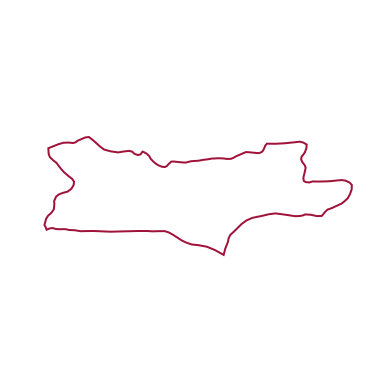 Douya-Onoyè, Ngounié, Gabon, rotated 109°
{"feature_id": "22940354B97081518304262", "entity_name": "Douya-Onoyè", "entity_type": "district", "adm_level": 2, "iso_a3": "GAB", "parent_name": "Gabon", "parent_adm1": "Ngounié", "projection": "natural_earth1", "projection_center": [11.048, -1.613], "detail": "fine", "context": "isolated", "style": "outline", "palette": "rose", "viewbox_px": 384, "rotation_deg": 109, "n_neighbors": 0, "source": "geoboundaries", "source_scale": "gbopen_adm2", "svg_char_len": 2176}
<svg xmlns="http://www.w3.org/2000/svg" viewBox="0 0 384 384"><g transform="rotate(109 192 192)"><path d="M241.2,141.6L235.1,142.1L227.4,141.8L224.0,142.3L220.1,141.8L214.9,139.0L210.6,136.9L205.9,134.6L201.1,131.2L196.9,126.6L194.2,122.2L192.2,118.7L187.9,111.9L185.1,106.2L183.7,99.5L182.5,93.2L181.4,87.1L179.8,82.6L178.2,79.8L176.3,77.5L174.9,72.6L174.1,65.9L172.4,61.6L170.5,60.7L167.5,59.7L164.6,58.2L162.0,54.9L158.1,50.8L154.3,46.8L151.1,44.8L147.2,42.7L142.6,41.9L137.5,41.9L133.3,43.2L131.7,46.2L131.3,50.7L132.0,54.4L133.9,58.7L136.3,63.8L138.4,68.9L141.3,76.8L142.7,81.3L144.8,84.2L145.6,87.8L145.1,89.9L142.5,91.3L137.4,91.8L132.1,92.4L130.0,94.1L127.7,97.6L125.5,99.5L122.7,99.9L120.9,99.1L117.8,98.2L113.3,98.1L109.8,99.0L109.0,102.8L109.4,106.6L111.4,110.8L116.0,120.8L119.5,129.5L121.9,136.9L124.5,137.9L127.8,138.0L130.0,138.4L131.8,139.3L133.6,141.7L134.6,145.7L135.8,150.9L136.7,154.0L138.9,156.5L141.7,159.5L143.8,161.9L146.3,164.0L148.0,166.1L149.3,169.5L150.1,173.4L151.4,177.8L152.8,181.2L154.0,184.3L156.0,187.8L157.9,191.8L160.3,196.0L163.1,202.7L166.4,207.9L168.0,214.1L169.1,219.1L170.0,221.5L173.1,223.2L175.6,224.2L177.2,225.7L177.9,228.6L177.7,232.5L177.0,235.4L175.8,238.5L174.0,242.0L171.9,244.2L170.6,247.1L170.0,250.0L169.9,251.9L173.1,252.9L174.7,255.1L174.6,258.9L173.3,261.7L173.7,265.1L175.9,269.7L178.6,274.7L180.0,281.9L180.5,289.0L178.7,294.3L176.3,299.9L174.6,304.3L173.6,307.5L175.2,310.7L180.8,316.9L182.9,318.2L184.4,320.4L185.5,325.0L187.3,329.6L190.5,334.1L197.4,342.1L202.7,339.9L205.4,337.6L207.2,333.6L208.6,329.5L210.7,326.6L213.0,323.0L214.8,319.8L217.0,314.4L218.6,309.6L220.6,306.9L224.0,306.2L228.2,307.1L232.1,309.7L235.1,314.1L237.8,317.2L240.6,319.0L245.5,319.4L248.6,318.1L253.3,317.0L257.3,318.1L261.2,320.3L264.6,321.2L271.2,320.8L272.7,319.1L275.0,317.2L273.0,315.0L271.5,312.3L271.3,308.5L269.8,303.6L268.4,299.9L267.9,295.8L266.3,290.3L265.4,284.8L261.0,272.7L256.1,256.2L246.1,229.4L243.5,221.8L242.0,216.4L239.4,209.5L237.9,205.2L237.8,200.5L238.6,196.2L239.7,191.7L241.0,186.6L241.7,181.8L241.7,175.2L240.2,168.7L238.9,160.2L239.4,151.5L241.2,141.6Z" fill="none" stroke="#9f1239" stroke-width="2"/></g></svg>